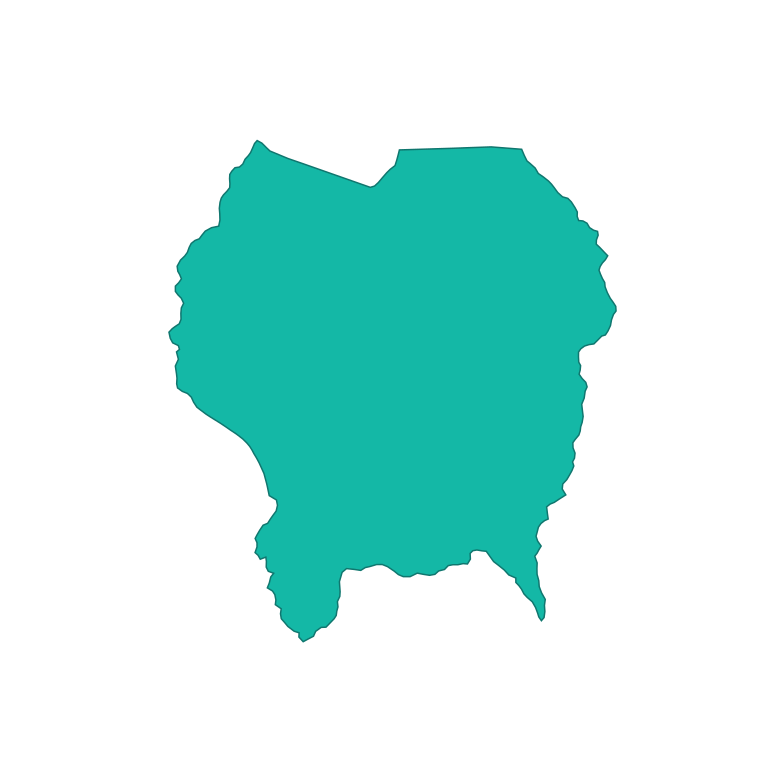 outline of Silva Jardim, Rio de Janeiro, Brazil, rotated 112°
{"feature_id": "56859067B6449938642044", "entity_name": "Silva Jardim", "entity_type": "district", "adm_level": 2, "iso_a3": "BRA", "parent_name": "Brazil", "parent_adm1": "Rio de Janeiro", "projection": "mercator", "projection_center": [-42.381, -22.568], "detail": "fine", "context": "isolated", "style": "filled", "palette": "teal", "viewbox_px": 768, "rotation_deg": 112, "n_neighbors": 0, "source": "geoboundaries", "source_scale": "gbopen_adm2", "svg_char_len": 3891}
<svg xmlns="http://www.w3.org/2000/svg" viewBox="0 0 768 768"><g transform="rotate(112 384 384)"><path d="M653.2,362.4L648.5,358.5L644.3,354.9L638.9,354.7L633.2,351.1L631.2,346.7L626.3,344.7L620.3,342.3L616.5,341.6L612.2,342.7L607.9,343.2L603.2,345.7L597.5,345.4L593.0,346.9L584.0,351.3L574.3,352.3L569.2,349.6L567.1,342.3L565.5,335.7L561.2,332.6L558.6,328.8L554.2,323.3L552.0,318.0L552.0,312.3L553.7,304.4L555.3,299.3L555.4,294.0L552.8,287.6L546.9,282.3L545.7,276.1L544.3,270.1L541.4,265.5L536.9,263.3L533.3,258.4L528.3,256.4L525.8,252.5L523.9,247.8L520.9,243.4L519.6,239.2L514.0,238.3L508.8,240.7L505.3,239.2L503.1,235.7L502.0,230.7L500.8,226.5L504.3,221.0L507.6,215.8L509.2,210.0L511.4,202.8L514.3,196.8L514.5,189.1L518.6,187.4L520.4,183.4L522.7,179.7L526.2,175.6L528.2,171.3L530.4,164.9L534.5,159.7L538.8,155.8L542.0,153.2L544.5,149.4L540.6,148.1L534.7,149.6L529.2,152.3L523.3,153.8L518.6,159.7L513.7,164.2L508.4,166.8L503.1,170.8L498.0,173.0L492.5,175.0L487.2,179.7L483.5,178.7L479.7,178.3L475.4,177.6L472.1,182.7L468.2,186.0L463.3,186.6L458.9,187.2L454.5,186.2L450.5,183.9L447.7,181.2L443.2,183.8L437.0,187.2L433.0,184.9L430.0,181.8L424.6,178.1L418.7,173.9L414.6,179.4L409.7,180.8L404.2,178.7L398.9,177.9L394.0,177.3L388.9,177.3L385.6,180.0L381.4,179.6L376.5,181.0L372.4,184.8L367.7,186.9L363.9,186.0L358.3,184.2L354.0,184.5L350.0,185.6L345.4,185.9L339.5,187.2L333.7,190.4L328.7,193.1L322.1,193.1L315.3,194.8L310.6,194.6L306.9,197.5L304.7,202.4L301.8,206.8L297.7,207.3L293.3,208.6L290.8,211.6L285.9,213.9L281.5,215.6L277.6,214.7L273.7,212.3L270.7,208.7L268.2,204.4L262.6,202.0L258.0,200.1L255.6,197.1L250.9,196.2L245.0,195.9L239.2,197.1L233.5,197.3L229.4,196.2L225.2,198.2L222.5,202.0L219.8,206.3L215.7,211.1L211.1,215.4L207.2,217.4L204.4,221.0L201.0,224.5L197.9,227.3L194.1,227.6L190.1,226.9L185.8,225.3L181.3,224.6L178.9,230.0L176.7,234.8L174.8,239.6L170.9,241.0L165.8,241.2L162.5,243.2L162.9,247.3L162.0,252.0L158.9,256.0L158.3,260.6L159.5,264.8L156.2,267.7L152.1,269.2L148.9,273.0L145.0,278.5L143.0,283.1L143.6,288.6L141.4,294.6L138.1,299.9L136.0,303.5L134.2,307.5L132.4,313.6L131.0,319.8L127.1,324.8L124.8,331.2L123.6,335.0L119.5,339.6L114.8,344.3L124.0,373.4L133.0,393.6L139.5,408.1L161.2,457.4L166.2,456.7L171.9,456.0L177.4,455.6L182.5,458.6L187.1,460.6L193.2,462.7L199.3,464.7L204.0,466.9L206.8,470.4L210.1,541.8L210.9,557.5L210.7,577.0L209.1,581.1L206.4,587.5L205.8,592.8L209.5,594.1L214.2,594.2L219.4,594.4L223.1,595.3L227.6,597.0L232.9,597.3L237.0,599.3L239.3,603.2L243.6,604.8L247.4,605.5L251.5,604.1L256.0,601.9L259.8,600.6L264.3,601.9L268.8,603.7L272.6,604.5L276.9,604.1L282.8,602.5L287.8,600.0L293.5,597.5L299.6,596.4L303.7,602.5L309.2,607.0L314.0,608.5L318.6,609.7L321.7,613.0L325.9,615.4L330.2,615.8L335.6,615.6L340.0,616.7L345.4,619.1L352.3,619.9L356.7,617.4L359.2,614.3L362.4,611.2L367.1,612.3L371.4,614.1L376.3,612.1L378.6,608.3L380.4,604.1L384.2,600.0L389.4,600.4L394.6,598.8L400.1,596.4L404.9,596.4L408.7,599.0L411.9,601.0L416.5,602.8L421.7,599.3L425.0,595.3L425.4,589.1L428.5,586.6L432.0,588.4L438.1,583.9L445.5,584.2L452.3,580.2L456.2,578.1L461.5,576.3L465.0,573.9L466.4,568.3L466.4,562.7L468.4,557.7L472.2,553.7L475.6,548.8L477.0,543.8L478.6,537.8L479.6,532.7L480.5,527.6L481.5,521.8L482.7,515.9L484.3,508.8L485.7,502.0L487.8,494.5L490.0,489.2L492.1,485.2L494.7,481.6L497.4,478.4L500.4,474.4L503.9,470.2L511.9,461.8L520.4,455.4L523.6,453.2L526.9,451.0L530.5,448.6L531.8,440.3L536.4,437.3L542.2,436.4L547.2,437.7L551.0,438.6L556.8,439.7L560.2,443.2L565.9,444.4L571.4,445.2L575.5,445.6L578.7,442.3L582.7,440.7L588.6,440.4L590.0,436.6L592.8,433.1L588.8,428.7L592.5,426.6L597.9,424.6L601.0,421.1L600.8,415.4L605.3,416.7L611.6,415.8L616.7,415.8L617.7,409.8L620.2,406.3L624.8,403.3L629.3,402.1L630.9,395.1L635.8,393.9L640.1,391.3L642.2,387.1L644.8,382.3L646.9,374.7L646.5,369.5L650.5,368.1L653.2,362.4Z" fill="#14b8a6" stroke="#0f766e" stroke-width="1.5"/></g></svg>